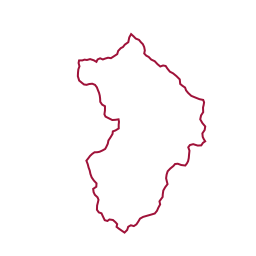 outline of Rio Manso, Minas Gerais, Brazil, rotated 321°
{"feature_id": "56859067B17161327719400", "entity_name": "Rio Manso", "entity_type": "district", "adm_level": 2, "iso_a3": "BRA", "parent_name": "Brazil", "parent_adm1": "Minas Gerais", "projection": "mercator", "projection_center": [-44.348, -20.255], "detail": "fine", "context": "isolated", "style": "outline", "palette": "rose", "viewbox_px": 256, "rotation_deg": 321, "n_neighbors": 0, "source": "geoboundaries", "source_scale": "gbopen_adm2", "svg_char_len": 2255}
<svg xmlns="http://www.w3.org/2000/svg" viewBox="0 0 256 256"><g transform="rotate(321 128 128)"><path d="M198.8,122.8L198.3,118.1L197.4,113.8L196.0,110.6L196.0,106.7L196.3,103.5L194.6,101.5L191.8,100.5L191.1,97.0L190.8,92.9L189.1,89.4L188.8,85.8L187.7,83.2L187.5,80.3L189.9,78.3L191.5,75.3L192.3,72.2L192.0,69.5L192.0,66.4L190.3,63.4L190.0,60.1L189.5,57.0L186.0,58.4L182.2,61.5L178.0,61.2L175.1,61.9L172.6,61.4L168.9,61.9L166.1,63.8L163.2,63.5L158.7,63.0L156.7,60.8L154.0,59.7L151.6,58.9L150.2,56.3L147.5,55.6L145.1,56.7L144.0,53.8L141.9,50.6L138.9,49.3L137.2,47.5L135.0,46.7L132.5,44.7L130.5,46.4L129.1,49.5L126.3,51.2L124.1,53.4L121.6,56.2L119.9,60.4L120.6,63.8L121.2,66.5L123.0,68.4L125.5,69.4L128.1,71.1L129.5,73.7L129.4,76.8L128.5,79.5L127.6,82.5L126.4,85.1L124.7,87.8L122.9,90.2L122.6,93.5L123.8,96.6L121.1,99.9L118.3,102.5L117.7,105.0L118.9,107.7L120.8,111.9L123.5,113.8L126.1,115.3L124.9,117.5L122.8,119.6L120.5,122.5L116.7,122.0L114.1,121.1L112.2,122.9L108.4,124.3L104.9,125.4L102.4,127.5L99.3,129.0L97.1,129.9L94.1,129.4L91.0,128.6L88.9,127.5L86.7,125.8L83.9,125.6L81.0,125.8L78.3,126.5L75.1,127.2L73.9,130.9L72.5,133.9L71.5,136.9L69.9,140.0L68.7,143.5L68.4,147.3L68.7,151.2L66.4,153.7L62.6,153.4L60.9,156.2L60.2,159.0L60.7,162.7L59.9,165.2L57.9,166.8L55.2,168.8L52.4,172.0L52.2,175.2L53.7,177.6L52.9,180.8L51.9,185.0L53.5,187.3L56.0,187.4L58.4,190.0L59.0,193.4L59.1,195.9L56.9,197.6L57.5,200.3L58.5,203.8L59.5,207.1L63.2,206.7L66.0,204.9L69.0,205.4L70.8,207.9L73.9,208.2L77.1,207.2L80.3,206.0L83.8,206.6L87.6,208.2L91.1,209.7L95.0,211.3L98.4,210.6L101.5,209.0L104.9,207.6L106.3,204.8L108.8,204.1L111.5,203.4L113.2,201.5L116.1,198.8L119.7,197.4L123.4,196.5L124.7,193.7L126.0,191.0L128.7,188.5L131.6,186.6L135.3,186.1L139.3,186.1L141.9,185.6L144.2,187.1L146.1,190.3L148.9,193.2L151.5,192.6L153.8,191.6L156.3,189.6L158.9,186.9L161.5,184.3L162.7,180.9L165.4,180.2L168.5,181.6L171.1,185.5L174.0,187.6L176.9,186.7L179.6,186.9L179.9,184.3L180.5,181.9L182.4,179.0L186.3,177.8L189.0,175.4L188.9,171.0L189.6,166.7L192.7,164.2L196.4,163.0L199.2,159.3L201.3,157.7L203.3,155.9L204.1,153.5L201.7,150.6L199.4,146.5L197.4,142.8L196.8,138.5L196.8,135.3L197.8,132.5L196.9,129.5L196.3,126.6L198.8,122.8Z" fill="none" stroke="#9f1239" stroke-width="2"/></g></svg>